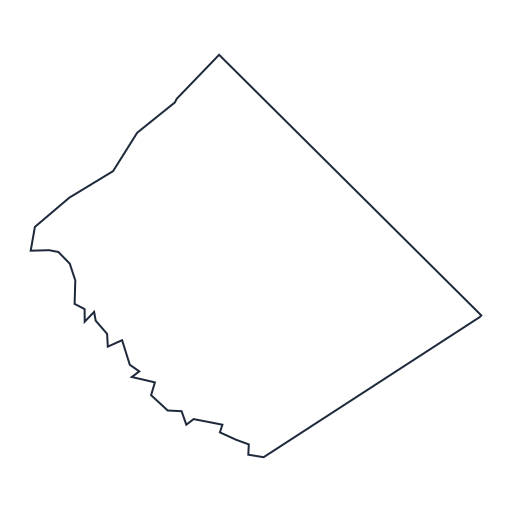 the district of Caldwell, Texas, United States of America
{"feature_id": "52423323B77410024444051", "entity_name": "Caldwell", "entity_type": "district", "adm_level": 2, "iso_a3": "USA", "parent_name": "United States of America", "parent_adm1": "Texas", "projection": "robinson", "projection_center": [-97.731, 29.852], "detail": "fine", "context": "isolated", "style": "outline", "palette": "slate", "viewbox_px": 512, "rotation_deg": 0, "n_neighbors": 0, "source": "geoboundaries", "source_scale": "gbopen_adm2", "svg_char_len": 579}
<svg xmlns="http://www.w3.org/2000/svg" viewBox="0 0 512 512"><path d="M223.6,59.3L219.1,54.8L176.7,98.8L174.9,102.4L137.2,132.7L113.1,171.1L69.4,197.6L34.9,226.9L30.7,250.7L49.2,250.2L58.4,252.0L69.8,263.7L75.3,280.5L74.6,303.9L84.6,309.1L84.7,321.7L94.1,311.9L95.7,320.7L107.1,333.9L107.8,346.6L122.1,340.2L129.8,364.8L139.3,371.4L131.8,377.0L154.9,382.4L151.1,395.2L167.7,410.5L181.6,411.2L186.3,424.7L193.6,419.1L222.4,424.7L219.9,432.4L236.2,439.8L248.8,444.4L248.3,454.7L263.6,457.2L479.7,317.1L481.3,315.4L223.6,59.3Z" fill="none" stroke="#1e293b" stroke-width="2"/></svg>